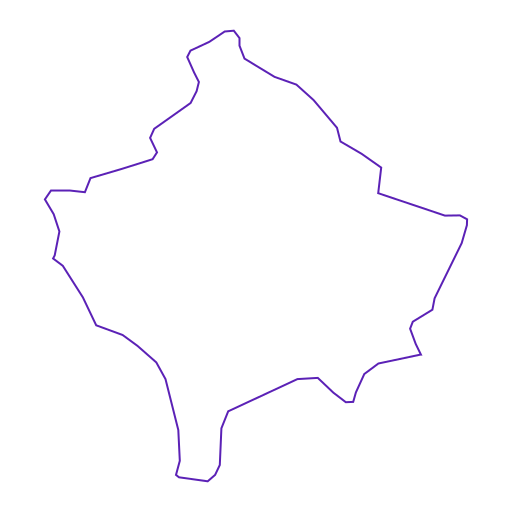 SVG path tracing the border of Kosovo
{"feature_id": "XKX", "entity_name": "Kosovo", "entity_type": "country or territory", "adm_level": 0, "iso_a3": "XKX", "parent_name": "Europe", "parent_adm1": "", "projection": "equal_earth", "projection_center": [20.84, 42.557], "detail": "fine", "context": "isolated", "style": "outline", "palette": "violet", "viewbox_px": 512, "rotation_deg": 0, "n_neighbors": 0, "source": "natural_earth", "source_scale": "50m", "svg_char_len": 965}
<svg xmlns="http://www.w3.org/2000/svg" viewBox="0 0 512 512"><path d="M122.1,168.8L152.6,159.2L157.0,152.4L150.1,137.9L154.2,128.8L190.6,103.0L196.6,91.2L198.9,82.0L194.0,72.3L187.2,57.0L190.5,50.6L209.4,41.8L224.7,31.5L233.8,30.7L239.5,38.1L239.5,45.7L244.5,58.6L255.8,65.5L274.6,76.9L296.4,84.6L313.6,100.1L337.0,127.8L340.5,141.5L361.6,153.8L381.2,167.6L378.2,193.2L444.9,215.6L459.9,215.4L467.1,219.3L466.9,225.2L461.7,243.1L434.6,298.3L432.4,309.7L412.8,321.7L410.1,328.7L415.7,343.9L420.9,354.6L420.5,354.6L378.4,363.5L364.3,374.0L355.9,392.4L353.2,401.9L345.8,402.2L333.4,392.7L317.8,377.9L297.4,379.1L228.2,411.3L221.4,428.3L219.8,465.0L215.1,474.9L207.7,481.3L179.0,477.3L176.0,474.9L179.8,460.8L178.3,430.0L165.5,379.1L156.3,362.4L137.4,345.8L122.6,335.0L96.2,325.3L82.9,297.4L62.8,265.8L53.1,258.5L54.7,255.4L59.4,231.5L53.7,214.2L44.9,199.4L51.0,190.5L69.6,190.5L84.9,192.2L90.5,178.1L122.1,168.8Z" fill="none" stroke="#5b21b6" stroke-width="2"/></svg>